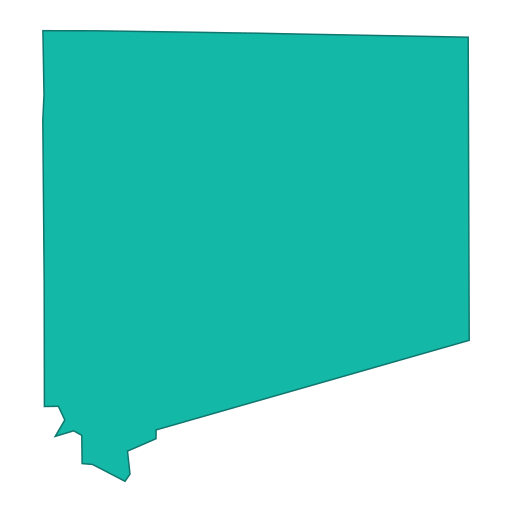 Johnson, Texas, United States of America (Equal Earth projection)
{"feature_id": "52423323B21675904174262", "entity_name": "Johnson", "entity_type": "district", "adm_level": 2, "iso_a3": "USA", "parent_name": "United States of America", "parent_adm1": "Texas", "projection": "equal_earth", "projection_center": [-97.498, 32.345], "detail": "fine", "context": "isolated", "style": "filled", "palette": "teal", "viewbox_px": 512, "rotation_deg": 0, "n_neighbors": 0, "source": "geoboundaries", "source_scale": "gbopen_adm2", "svg_char_len": 410}
<svg xmlns="http://www.w3.org/2000/svg" viewBox="0 0 512 512"><path d="M44.2,283.5L44.4,406.5L58.4,406.3L64.8,420.0L55.2,436.4L73.6,430.8L81.8,435.4L82.1,463.6L92.4,464.4L125.0,481.3L130.0,474.1L127.5,451.1L156.0,438.7L156.1,429.9L469.2,340.3L468.2,37.2L286.0,33.8L257.9,33.2L227.9,32.8L192.2,32.2L96.2,30.8L42.9,30.7L44.0,94.8L42.8,120.1L44.2,283.5Z" fill="#14b8a6" stroke="#0f766e" stroke-width="1.5"/></svg>